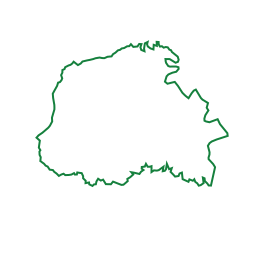 Monte Alegre dos Campos, Rio Grande do Sul, Brazil, rotated 253°
{"feature_id": "56859067B8429255067191", "entity_name": "Monte Alegre dos Campos", "entity_type": "district", "adm_level": 2, "iso_a3": "BRA", "parent_name": "Brazil", "parent_adm1": "Rio Grande do Sul", "projection": "robinson", "projection_center": [-50.806, -28.697], "detail": "fine", "context": "isolated", "style": "outline", "palette": "green", "viewbox_px": 256, "rotation_deg": 253, "n_neighbors": 0, "source": "geoboundaries", "source_scale": "gbopen_adm2", "svg_char_len": 2676}
<svg xmlns="http://www.w3.org/2000/svg" viewBox="0 0 256 256"><g transform="rotate(253 128 128)"><path d="M178.7,65.2L171.6,64.3L169.0,63.6L167.2,63.0L160.1,58.3L156.4,57.4L153.0,54.0L151.6,51.9L148.5,44.8L147.1,40.3L145.5,37.7L141.7,40.0L135.3,37.0L132.4,37.7L131.3,36.4L128.1,35.6L125.6,36.0L122.0,34.5L118.3,37.3L116.1,38.2L114.6,39.9L111.1,40.9L109.7,43.9L107.7,44.6L105.3,46.4L102.4,47.9L103.0,50.6L103.1,53.0L101.3,54.2L100.4,57.6L100.0,60.3L100.6,63.2L99.0,63.6L98.5,65.5L100.3,66.5L99.3,68.5L98.4,70.5L95.1,71.0L93.0,70.4L89.9,72.1L87.7,71.3L87.3,74.8L85.4,74.5L83.0,77.1L84.0,79.0L83.6,80.8L86.1,82.2L88.2,84.6L85.7,86.6L85.9,89.1L80.8,90.4L79.2,95.2L81.1,98.0L75.5,105.1L75.1,107.1L77.3,112.2L79.5,112.5L80.3,115.7L82.0,119.4L84.7,118.3L83.6,120.5L80.7,125.5L82.4,127.7L83.3,130.5L85.1,129.2L86.7,129.8L86.2,132.8L88.5,134.7L85.2,135.5L84.6,137.4L84.6,139.3L79.0,137.6L79.9,140.4L78.8,143.2L78.7,145.1L80.6,150.6L76.5,148.6L76.3,150.7L77.5,152.3L82.4,154.7L76.6,155.3L76.8,158.1L73.6,155.9L70.2,157.7L67.8,158.8L67.3,162.3L69.4,164.0L69.6,166.5L63.1,165.3L58.9,170.1L60.9,171.7L58.6,174.6L59.6,176.4L56.8,176.6L54.8,178.1L52.2,178.8L52.1,180.8L53.2,184.2L58.7,185.1L57.5,186.5L54.8,186.0L51.6,187.7L49.5,188.3L48.7,190.5L65.1,199.8L68.6,198.9L74.6,196.0L76.2,196.4L78.7,198.1L81.0,198.9L87.6,199.2L89.7,201.6L90.6,204.1L91.1,209.4L91.3,221.0L94.0,221.5L104.8,217.1L110.2,216.3L109.7,207.6L111.4,204.6L112.6,203.3L114.7,203.8L117.6,205.7L121.3,210.0L124.4,209.2L128.5,211.8L133.4,207.5L135.3,206.5L144.9,204.1L144.5,201.8L142.6,199.0L138.8,194.6L141.5,192.7L143.0,191.8L145.8,190.3L153.6,188.1L158.4,186.2L158.6,183.0L158.8,178.7L161.5,176.9L166.1,180.0L167.4,182.3L167.9,186.6L167.7,190.6L169.7,193.7L171.4,194.0L172.7,192.0L174.5,186.0L175.5,184.6L179.0,183.5L180.5,183.5L183.0,184.0L181.7,188.0L176.5,192.6L176.7,195.1L178.5,196.4L181.7,196.4L187.9,192.2L189.8,191.9L190.8,190.5L193.5,189.6L194.4,187.8L194.4,185.6L196.3,184.3L196.5,182.4L199.0,181.8L201.3,182.4L202.0,180.6L198.1,179.6L200.0,176.9L195.7,175.3L197.5,172.8L200.2,170.8L202.5,170.7L204.5,171.9L204.0,168.9L199.3,166.6L196.6,166.2L198.8,163.5L201.6,163.5L204.3,165.4L205.1,163.3L203.2,160.9L204.0,156.8L207.3,155.3L205.9,153.2L206.4,151.0L205.6,147.7L205.9,145.2L205.1,143.4L205.2,141.1L203.7,138.0L203.0,135.3L201.3,133.2L202.1,129.2L201.7,125.9L202.4,123.8L203.7,121.4L204.2,117.3L204.1,114.9L204.3,111.5L204.6,108.7L204.9,103.9L203.5,101.7L202.8,98.5L207.3,95.4L206.0,93.6L205.2,91.5L205.2,89.5L204.5,85.7L202.9,84.5L202.6,82.2L200.1,81.4L198.1,79.5L194.7,79.6L193.1,78.3L191.8,76.3L191.8,74.4L189.0,72.5L184.8,68.1L182.8,66.1L178.7,65.2Z" fill="none" stroke="#15803d" stroke-width="2"/></g></svg>